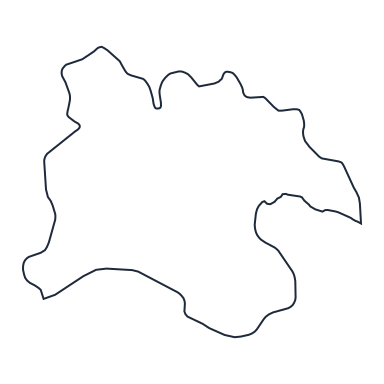 outline of P'yŏngyang
{"feature_id": "PRK-3305", "entity_name": "P'yŏngyang", "entity_type": "Special City", "adm_level": 1, "iso_a3": "PRK", "parent_name": "North Korea", "parent_adm1": "", "projection": "orthographic", "projection_center": [125.945, 38.994], "detail": "fine", "context": "isolated", "style": "outline", "palette": "slate", "viewbox_px": 384, "rotation_deg": 0, "n_neighbors": 0, "source": "natural_earth", "source_scale": "10m", "svg_char_len": 3041}
<svg xmlns="http://www.w3.org/2000/svg" viewBox="0 0 384 384"><path d="M101.6,46.8L104.0,48.0L107.5,50.3L119.5,61.0L120.0,61.6L121.5,64.5L121.9,65.2L124.8,70.3L126.2,72.3L127.4,73.6L128.8,74.4L131.1,75.4L142.9,78.8L144.2,79.7L145.5,81.1L147.7,84.2L148.7,85.9L149.4,87.2L150.6,90.6L152.7,98.1L153.5,103.3L154.0,105.2L155.0,107.6L155.8,108.3L157.0,108.6L159.3,108.3L160.3,107.7L160.8,106.7L161.0,105.7L160.9,102.5L159.7,94.8L159.5,92.7L159.5,90.5L159.7,89.5L160.7,85.8L162.0,82.4L162.8,81.0L165.2,77.8L168.1,75.0L169.6,73.9L171.1,73.3L178.4,71.5L180.4,71.4L182.4,71.7L185.1,72.7L188.0,74.2L191.4,77.6L197.4,85.0L199.1,86.4L214.4,83.5L218.8,81.6L220.2,80.1L221.3,79.4L221.9,78.5L222.3,77.6L222.9,75.7L223.8,73.7L224.5,72.9L225.4,72.1L226.3,71.8L227.3,71.7L230.4,72.2L232.7,73.0L234.5,74.7L236.7,77.4L240.5,84.0L242.0,87.2L242.8,89.7L243.1,92.1L243.5,93.3L244.0,94.3L244.6,95.4L245.7,96.4L247.3,97.2L250.4,97.7L263.4,96.9L265.4,98.3L273.8,106.9L278.4,110.6L279.2,110.7L281.6,110.7L293.3,109.2L297.0,109.3L299.2,109.9L300.4,111.5L301.9,114.1L303.8,120.7L304.2,124.0L304.1,126.9L303.3,129.4L303.0,131.7L303.2,134.7L303.5,136.4L304.0,138.0L305.1,141.1L309.5,146.9L319.2,156.7L321.8,158.4L338.5,161.4L341.1,162.3L342.2,163.2L343.9,166.1L354.0,188.1L354.3,188.5L356.4,192.1L358.9,197.6L359.9,203.6L361.0,223.5L357.5,221.6L355.5,220.9L353.2,219.6L350.6,217.8L338.3,212.3L335.7,211.5L327.8,210.0L325.2,210.1L322.4,211.6L315.2,209.3L310.3,206.4L308.9,204.6L304.4,200.7L301.9,197.3L300.0,196.5L287.8,194.7L285.8,193.9L282.6,194.2L280.8,196.9L277.3,198.6L274.6,201.8L270.3,204.2L267.1,203.8L264.4,201.2L262.3,202.0L258.9,205.8L257.2,208.9L256.3,211.9L255.8,214.4L254.7,224.7L254.9,227.3L255.3,229.8L256.0,232.4L257.1,234.9L258.7,237.2L260.7,239.4L265.4,242.6L274.8,247.6L276.9,249.3L278.3,250.7L292.4,271.4L293.6,273.8L294.4,276.2L294.9,278.6L295.3,281.2L295.6,297.6L295.2,300.1L294.2,302.6L292.8,304.9L290.6,306.9L288.2,308.2L273.1,312.4L268.9,314.4L265.7,316.8L263.7,319.2L256.9,329.3L254.8,331.6L252.1,333.4L248.8,334.8L240.6,336.6L234.7,337.2L224.7,335.0L209.2,328.1L202.6,323.8L187.5,316.6L185.4,314.1L184.4,311.4L184.9,303.4L184.5,300.9L183.6,298.4L181.9,296.1L179.9,294.0L177.6,292.3L138.2,271.6L132.2,270.1L106.5,268.6L96.1,269.8L83.5,276.1L55.1,294.8L43.6,298.9L40.7,289.8L38.4,287.8L34.8,285.4L29.8,282.8L27.2,280.6L25.2,277.9L24.1,274.6L23.0,269.6L23.1,265.9L23.8,262.6L25.1,260.2L26.8,258.3L28.8,256.9L40.9,252.7L45.0,250.1L47.0,246.9L48.9,242.3L55.2,219.7L55.4,216.6L55.3,214.3L52.7,205.6L50.7,200.9L47.9,197.0L46.0,189.4L44.2,161.6L44.3,159.7L44.9,157.6L45.6,156.0L47.1,153.8L75.5,131.1L76.2,130.7L77.7,129.7L79.2,128.1L79.6,127.3L79.8,126.3L79.6,125.5L79.4,124.9L79.0,124.4L77.6,123.2L74.5,121.5L68.6,117.0L68.0,116.2L67.4,115.2L67.2,114.1L67.3,113.1L67.8,110.1L68.1,109.2L69.7,101.4L70.0,99.3L70.0,96.7L69.8,95.0L69.4,93.2L65.5,82.4L62.3,76.4L61.8,74.7L61.6,72.8L61.8,70.7L62.1,69.8L62.4,69.0L62.8,68.3L64.8,65.9L66.2,64.7L82.2,59.3L93.9,51.5L96.8,48.8L98.1,47.8L99.8,47.2L101.6,46.8Z" fill="none" stroke="#1e293b" stroke-width="2"/></svg>